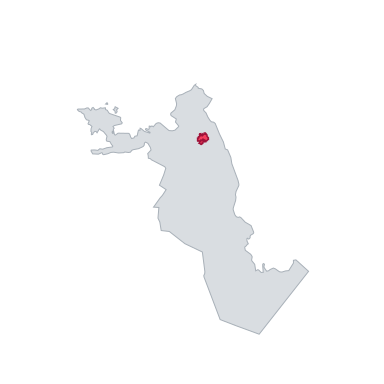 Kasan, Kashkadarya, Uzbekistan shown in context, rotated 212°
{"feature_id": "79887680B27619716135754", "entity_name": "Kasan", "entity_type": "district", "adm_level": 2, "iso_a3": "UZB", "parent_name": "Uzbekistan", "parent_adm1": "Kashkadarya", "projection": "albers", "projection_center": [65.779, 39.126], "detail": "fine", "context": "in_parent", "style": "filled", "palette": "rose", "viewbox_px": 384, "rotation_deg": 212, "n_neighbors": 0, "source": "geoboundaries", "source_scale": "gbopen_adm2", "svg_char_len": 5464}
<svg xmlns="http://www.w3.org/2000/svg" viewBox="0 0 384 384"><g transform="rotate(212 192 192)"><path d="M291.4,174.5L296.4,171.7L299.4,173.3L299.7,174.2L296.6,176.2L293.9,177.4L293.1,179.8L290.4,181.0L287.7,184.4L283.4,188.0L283.4,188.7L283.8,189.2L285.2,189.5L288.3,191.2L291.1,190.0L291.8,190.2L292.6,191.2L293.6,194.2L294.9,194.9L299.1,196.3L302.2,196.1L303.8,196.6L304.0,196.4L303.9,191.9L305.3,192.5L306.6,191.9L307.0,189.6L306.7,188.2L307.6,187.3L308.2,187.8L308.3,189.1L309.9,189.9L311.1,192.1L311.6,194.6L314.5,195.0L315.5,194.5L316.3,194.7L316.9,197.9L317.4,198.1L319.8,197.3L322.3,198.5L324.9,200.7L327.8,200.7L328.4,201.1L330.4,200.5L332.8,201.0L332.9,201.4L332.6,202.0L327.2,205.4L325.8,207.5L324.6,208.3L321.2,207.4L320.7,208.7L321.4,209.9L320.7,211.3L319.0,210.9L318.6,210.3L316.9,210.7L315.1,213.0L314.3,214.9L312.5,215.5L310.1,217.5L308.9,216.1L307.1,216.4L304.6,215.1L303.4,214.9L292.7,217.4L291.8,217.2L290.6,214.8L287.8,213.7L287.8,212.5L293.1,207.2L293.7,205.6L291.8,204.9L292.0,203.5L288.3,199.7L287.6,199.5L287.1,199.7L285.9,202.7L276.6,208.3L275.2,207.8L273.0,206.0L271.5,205.4L269.9,207.1L270.0,209.0L268.3,210.6L270.1,215.7L270.0,216.4L268.8,216.6L269.8,218.6L269.0,218.8L264.4,218.2L259.0,219.6L259.2,220.4L264.0,220.1L264.7,220.5L264.8,221.1L264.5,221.5L262.0,222.1L261.8,222.9L263.2,225.1L262.6,225.7L261.7,225.3L261.0,226.8L259.4,226.8L258.7,231.2L257.4,232.8L255.6,233.6L244.1,231.9L241.2,233.4L239.2,235.4L238.0,240.3L238.2,240.9L243.1,242.6L244.0,245.6L249.9,245.7L250.9,246.1L251.4,246.9L251.7,247.7L250.1,252.6L250.9,256.8L251.9,258.8L255.6,262.4L255.5,264.5L254.7,266.3L253.8,267.9L252.7,268.7L251.3,270.7L250.0,273.2L247.6,276.6L246.7,278.4L246.6,283.7L245.9,285.3L245.8,284.7L244.9,284.1L242.2,284.0L241.7,283.3L238.3,284.6L236.1,284.1L233.9,282.0L229.7,281.2L224.4,281.8L224.2,276.3L224.4,272.3L226.1,269.0L226.1,268.4L225.2,267.3L222.0,266.5L218.3,264.0L214.8,262.3L212.8,261.8L210.6,262.7L208.6,262.4L199.5,255.8L191.8,251.0L186.6,246.1L184.1,246.6L177.4,241.9L173.2,237.1L159.1,226.2L156.4,223.5L155.7,222.2L154.9,215.7L153.7,212.7L152.0,211.0L150.5,207.9L148.5,200.2L147.7,198.8L143.6,195.4L141.3,194.5L139.4,194.9L138.4,196.1L137.0,196.2L130.9,194.6L124.1,194.8L118.4,190.6L118.0,189.9L118.1,188.9L119.4,186.4L119.3,185.3L118.5,184.0L118.6,182.7L119.2,182.0L120.3,182.3L120.7,181.9L120.6,181.2L119.3,179.5L116.8,177.9L117.3,177.0L117.6,174.5L118.1,173.3L117.8,172.8L115.9,170.8L109.3,170.3L107.8,169.7L106.6,168.9L105.5,166.1L104.9,165.4L100.5,163.9L96.2,158.9L95.1,160.9L94.2,161.2L90.8,160.4L89.0,161.6L92.8,166.7L93.7,168.2L93.6,169.1L92.3,169.2L91.4,166.8L90.7,166.1L86.7,164.4L85.3,165.8L84.7,167.6L82.7,170.6L80.6,171.0L75.7,170.7L74.1,171.3L73.1,172.0L70.9,174.6L68.3,176.6L68.3,185.5L69.8,187.8L67.9,189.5L51.1,186.5L59.7,107.0L83.5,102.0L100.5,98.7L136.8,126.3L137.7,127.4L138.0,129.6L138.9,131.3L151.4,146.6L170.7,144.4L190.3,146.5L197.7,143.0L203.4,149.5L207.0,151.8L211.9,161.3L216.6,158.8L215.9,170.1L215.3,173.5L215.2,180.3L223.2,180.5L225.0,191.3L226.8,198.2L228.5,199.0L243.6,197.8L244.8,198.2L246.9,197.5L248.4,199.6L249.9,201.1L249.0,205.9L250.9,207.7L255.2,209.9L257.8,209.7L258.2,208.9L258.1,207.8L257.4,206.6L257.4,205.2L257.8,204.2L260.2,200.5L264.2,196.8L265.1,195.5L265.3,193.2L266.7,191.9L270.2,190.3L270.7,189.2L274.9,186.2L279.6,184.2L281.7,182.6L283.7,179.8L286.7,176.8L287.8,176.7L288.7,177.5L289.4,177.5L291.4,174.5ZM291.8,201.4L291.2,200.0L290.4,199.6L290.0,199.8L291.3,201.5L291.8,201.4ZM302.3,223.6L299.0,223.8L299.5,221.6L298.2,220.7L298.0,219.6L298.2,218.6L298.9,218.2L300.0,219.7L302.5,220.2L301.7,221.8L302.4,223.3L302.3,223.6ZM311.9,220.8L311.4,222.7L310.0,222.0L310.1,221.5L311.9,220.8Z" fill="#d9dde1" stroke="#a8b0b8" stroke-width="1"/><path d="M208.2,247.0L208.6,247.1L209.0,247.4L209.2,247.7L209.3,248.1L209.7,248.4L210.0,248.5L210.4,248.4L210.7,248.6L210.8,248.7L211.0,248.9L211.2,249.0L211.5,249.0L211.5,248.7L211.8,249.0L212.0,249.1L212.3,248.9L212.0,248.8L212.0,248.6L212.1,248.4L212.0,248.2L211.9,247.8L212.3,247.4L212.6,247.2L213.0,247.0L213.3,247.2L213.6,247.3L213.7,247.0L213.4,246.8L213.5,246.7L213.8,246.3L213.3,246.0L213.2,246.4L213.0,246.5L212.8,246.5L212.8,245.7L212.9,245.2L213.3,245.0L213.8,244.9L214.0,245.3L214.4,245.3L214.7,245.5L215.1,245.6L215.4,245.9L215.5,246.1L216.3,245.4L216.2,245.2L216.2,244.8L215.8,244.5L215.6,244.5L215.4,244.0L214.9,244.1L214.8,243.8L215.1,243.5L215.1,243.1L215.5,242.8L215.8,242.1L215.7,241.8L215.4,241.8L215.3,242.0L215.0,241.6L215.1,241.3L215.5,241.0L215.7,240.7L215.3,240.6L215.4,240.0L215.3,239.7L215.0,239.5L214.8,239.4L214.7,239.0L214.5,238.9L214.5,238.5L214.4,238.3L214.1,238.2L213.7,238.5L213.3,238.7L213.2,239.1L212.8,239.2L212.4,239.4L212.2,239.2L212.1,239.9L211.8,239.5L211.6,240.1L211.4,239.5L211.7,239.1L211.9,238.5L211.8,238.1L211.8,237.6L211.9,237.1L210.5,237.3L209.7,237.1L209.4,237.2L209.1,237.7L209.2,237.9L209.1,238.2L208.9,238.5L209.2,238.5L209.3,238.7L209.1,238.8L208.9,239.1L209.0,239.6L209.0,240.4L208.7,240.7L208.7,240.9L209.0,240.9L209.3,241.1L209.8,241.2L210.7,241.2L210.7,242.7L209.9,242.7L209.8,242.4L209.6,242.4L209.3,241.9L209.0,241.8L208.9,241.5L208.5,241.1L208.1,241.1L208.0,241.4L207.7,241.5L206.9,242.0L207.0,242.2L207.9,242.5L208.1,242.8L206.9,242.9L206.5,243.5L206.5,244.0L206.5,244.6L206.5,245.0L206.4,244.9L206.0,245.2L206.4,245.5L206.5,245.8L206.5,246.0L206.6,246.4L206.7,246.5L206.9,246.7L207.3,246.8L207.8,246.8L208.2,247.0Z" fill="#f43f5e" stroke="#9f1239" stroke-width="1.5"/></g></svg>